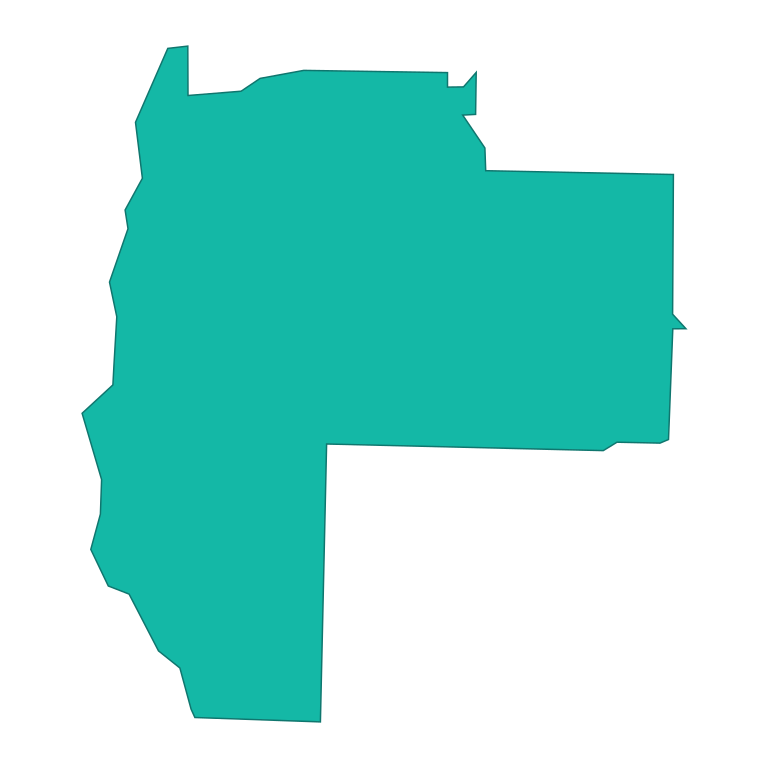 Early, Georgia, United States of America (Natural Earth projection)
{"feature_id": "52423323B60189999590545", "entity_name": "Early", "entity_type": "district", "adm_level": 2, "iso_a3": "USA", "parent_name": "United States of America", "parent_adm1": "Georgia", "projection": "natural_earth1", "projection_center": [-84.929, 31.296], "detail": "fine", "context": "isolated", "style": "filled", "palette": "teal", "viewbox_px": 768, "rotation_deg": 0, "n_neighbors": 0, "source": "geoboundaries", "source_scale": "gbopen_adm2", "svg_char_len": 636}
<svg xmlns="http://www.w3.org/2000/svg" viewBox="0 0 768 768"><path d="M114.0,364.3L112.9,384.9L82.1,413.3L101.6,479.6L100.4,514.1L90.8,549.4L108.3,586.0L129.1,594.1L158.5,650.9L179.9,668.0L191.1,709.2L194.9,717.5L320.4,721.9L326.6,444.0L603.3,450.6L617.0,442.2L660.0,443.1L668.5,439.5L672.8,328.8L685.9,328.7L672.6,314.2L673.4,174.5L485.7,170.7L484.9,148.0L462.7,115.1L475.6,114.4L476.2,72.4L463.5,86.9L447.5,87.1L447.5,72.6L303.7,70.4L260.1,78.4L241.1,91.2L188.0,95.5L187.8,46.1L167.8,48.4L135.5,122.3L142.4,178.3L125.1,210.0L128.0,228.7L109.5,282.1L116.8,316.8L114.0,364.3Z" fill="#14b8a6" stroke="#0f766e" stroke-width="1.5"/></svg>